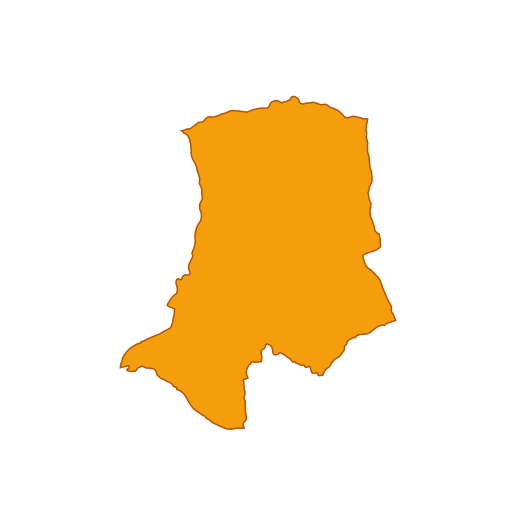 the district of Tópaga, Boyacá, Colombia, rotated 317°
{"feature_id": "7082276B68599110832879", "entity_name": "Tópaga", "entity_type": "district", "adm_level": 2, "iso_a3": "COL", "parent_name": "Colombia", "parent_adm1": "Boyacá", "projection": "natural_earth1", "projection_center": [-72.847, 5.767], "detail": "fine", "context": "isolated", "style": "filled", "palette": "amber", "viewbox_px": 512, "rotation_deg": 317, "n_neighbors": 0, "source": "geoboundaries", "source_scale": "gbopen_adm2", "svg_char_len": 6139}
<svg xmlns="http://www.w3.org/2000/svg" viewBox="0 0 512 512"><g transform="rotate(317 256 256)"><path d="M113.5,240.5L113.2,241.0L112.1,240.7L111.3,240.5L109.7,239.5L108.7,239.2L102.9,237.9L98.6,237.6L96.7,237.8L92.5,238.5L88.7,239.7L87.4,240.8L85.2,242.1L83.6,242.6L81.4,244.4L81.6,244.7L80.8,245.3L82.1,245.9L87.7,249.0L87.9,249.5L87.8,250.6L87.2,251.3L86.0,251.3L84.4,250.9L84.0,251.0L83.8,251.4L83.8,252.3L84.2,253.2L84.7,253.9L86.5,255.9L89.0,257.7L89.4,257.9L91.3,257.9L92.8,257.2L93.5,257.2L94.7,257.8L97.2,258.7L98.0,259.7L99.2,263.0L100.3,263.9L101.1,265.0L102.0,265.9L103.8,268.1L104.3,269.0L104.4,269.5L104.4,271.1L104.2,271.9L102.8,275.0L102.6,275.7L102.6,278.4L103.5,281.8L104.6,284.2L105.2,286.9L105.9,288.1L106.5,288.9L107.1,291.0L107.2,293.4L107.0,294.3L106.7,294.9L107.3,296.8L108.2,297.8L108.2,298.1L108.0,298.9L107.5,299.2L107.2,299.2L107.0,299.5L108.5,302.6L109.2,306.1L109.1,308.4L108.3,313.2L107.5,315.4L106.6,320.6L106.2,323.9L106.3,326.8L107.8,332.6L108.2,335.4L109.1,337.8L109.3,339.1L109.0,340.9L109.4,342.4L110.2,344.2L110.2,346.5L110.5,347.9L111.6,351.0L112.5,352.7L112.8,354.1L114.0,356.8L115.0,358.7L115.6,360.5L116.6,362.4L119.9,365.9L124.7,369.1L126.9,370.9L129.8,373.9L131.3,370.6L133.3,369.4L134.2,369.2L135.2,369.4L137.0,368.9L137.6,368.5L139.7,366.5L141.5,363.5L146.5,357.6L148.8,355.3L149.1,354.7L150.1,351.9L150.6,351.5L153.3,349.8L155.2,347.9L157.2,344.5L160.9,340.0L162.3,337.7L166.8,339.9L168.2,336.4L169.5,334.4L170.6,333.4L172.0,332.6L175.4,331.3L176.7,330.9L177.9,331.2L178.6,331.2L180.3,330.3L181.0,330.7L181.8,331.9L185.3,335.1L187.1,336.4L188.0,336.9L188.9,335.9L190.9,334.4L191.9,333.2L192.8,331.6L194.5,329.4L195.0,329.1L195.3,328.9L195.5,329.1L196.4,328.6L197.0,328.6L198.3,329.2L199.1,329.3L200.2,329.0L202.0,327.9L202.9,327.9L204.1,327.5L205.4,330.6L205.6,331.5L205.5,332.9L205.3,333.6L204.8,334.5L204.0,336.2L202.1,338.8L201.9,339.7L202.0,340.2L202.7,341.4L204.7,342.8L206.1,343.0L207.1,342.8L207.8,343.4L208.3,344.3L209.6,348.6L209.7,350.3L210.4,351.8L210.5,352.4L210.8,355.5L210.5,358.1L210.7,358.7L211.1,359.3L212.3,359.9L212.5,360.3L212.2,361.6L213.2,363.3L214.3,366.5L214.9,367.4L216.2,368.0L216.5,368.4L216.6,368.8L216.2,370.0L216.4,371.1L217.4,372.1L219.4,372.8L219.8,373.2L219.8,374.6L219.4,375.0L218.5,377.0L217.5,378.4L217.4,379.3L217.6,380.2L218.6,381.5L220.4,382.7L221.1,383.4L221.0,384.0L220.2,385.1L220.5,386.4L220.9,387.0L222.4,387.7L223.2,388.6L223.6,388.7L226.0,387.5L228.3,386.7L230.3,386.5L231.5,386.7L233.2,387.1L235.2,386.8L238.6,385.6L240.4,385.8L242.7,385.2L243.5,385.2L246.4,386.1L248.6,386.2L249.9,386.2L253.0,385.5L254.9,385.4L255.8,385.2L256.4,384.9L258.9,382.7L259.9,382.4L262.1,382.3L264.1,380.9L265.0,380.8L268.3,381.0L271.6,382.2L272.7,383.1L273.2,383.2L274.4,383.3L275.3,382.9L275.9,382.9L276.1,383.0L276.6,383.7L277.0,383.9L277.9,383.9L284.4,388.9L288.1,390.0L288.9,389.8L290.5,389.9L295.5,390.5L297.7,391.0L300.9,392.3L301.7,393.0L302.3,394.0L303.0,394.4L304.7,394.2L306.0,394.5L308.6,395.9L311.1,396.9L314.2,398.4L316.6,392.2L317.0,390.0L317.5,388.6L318.0,387.7L319.7,386.4L320.4,385.3L321.2,383.5L321.6,381.2L322.6,377.4L325.0,371.2L326.7,366.2L329.3,360.5L330.6,357.0L330.7,352.9L330.5,345.2L329.6,341.3L329.7,338.0L332.7,331.0L334.6,328.5L336.2,328.5L339.5,329.8L345.0,332.4L349.8,334.1L352.8,334.1L353.9,333.6L354.9,332.7L356.0,330.9L358.3,328.5L359.3,326.4L360.9,324.2L361.0,323.8L360.2,321.6L360.3,318.7L361.0,317.3L362.3,315.4L365.3,308.9L366.8,304.8L368.2,303.3L369.2,301.7L370.7,300.1L374.1,297.7L376.0,295.8L377.2,292.2L378.4,290.1L380.1,287.9L380.4,287.4L380.5,286.7L381.3,286.0L383.9,284.6L384.3,284.1L385.6,283.2L390.4,281.2L391.7,280.4L394.3,277.7L396.8,274.6L397.6,273.4L400.4,268.0L406.4,260.4L408.0,257.0L409.7,254.7L412.5,251.5L414.6,249.8L415.4,248.4L415.9,247.8L417.5,244.6L418.1,243.9L419.2,243.1L421.0,241.3L421.9,239.4L422.7,238.5L424.5,236.8L431.2,231.9L428.8,229.8L427.3,227.4L425.4,224.1L422.6,220.4L421.4,219.4L417.5,217.6L416.4,216.4L415.8,215.3L415.6,213.8L415.6,207.3L415.2,205.3L414.5,203.7L413.6,201.3L411.5,197.6L411.3,196.6L411.3,195.3L410.9,193.8L410.0,192.0L407.8,190.6L406.9,189.9L405.9,188.4L403.4,183.6L402.6,182.4L400.5,181.3L399.6,180.5L396.2,178.0L394.7,177.3L393.5,176.5L392.6,174.8L392.6,173.5L393.6,171.3L394.0,169.6L393.7,168.0L393.2,166.1L392.3,164.9L391.0,164.2L389.9,164.0L387.3,164.9L383.7,163.7L381.9,162.5L380.1,161.8L379.0,161.1L378.6,160.4L378.5,159.3L378.0,158.0L377.5,156.9L376.7,156.0L374.6,154.9L372.7,154.2L371.6,154.1L370.2,154.3L367.7,155.5L366.5,155.7L365.6,155.5L364.6,155.0L360.0,150.8L352.5,146.4L350.7,146.0L347.4,144.5L340.5,136.2L337.9,133.5L335.5,132.0L332.0,131.0L327.3,128.6L325.1,128.0L320.6,125.9L317.9,124.0L317.6,123.3L317.5,122.7L316.9,122.2L315.4,121.6L313.6,121.2L312.0,121.3L309.6,121.7L308.8,121.6L308.0,121.2L304.9,119.0L296.6,118.3L294.7,117.8L293.9,117.5L292.7,116.5L291.7,115.9L288.7,114.7L286.9,113.6L287.3,114.9L287.2,117.1L288.1,119.3L288.2,120.3L288.1,121.8L287.6,123.6L286.9,125.5L285.7,127.4L284.6,129.5L284.1,129.9L283.0,131.6L279.9,135.4L279.3,135.7L277.1,139.0L276.0,141.3L275.3,143.5L274.4,147.6L272.9,151.0L271.3,153.2L271.0,153.9L270.9,154.7L268.0,160.3L267.1,161.7L265.4,162.9L264.2,164.2L263.4,166.1L263.1,167.6L261.4,170.8L259.5,172.8L256.0,177.3L255.2,177.9L252.4,178.8L250.6,179.6L249.3,180.6L248.4,181.5L247.4,182.8L246.4,184.3L245.6,186.6L244.5,188.3L242.9,190.0L240.4,191.9L239.6,192.5L235.1,193.5L231.4,195.0L227.5,197.5L224.5,200.3L221.2,204.4L215.8,208.1L213.4,209.0L211.0,210.3L210.5,211.3L210.4,212.2L209.9,212.8L209.0,213.4L204.4,215.1L201.8,216.2L200.3,217.0L198.3,219.1L197.5,220.4L196.8,222.4L195.9,223.7L194.9,224.1L193.5,223.7L191.3,221.5L190.2,221.0L188.3,220.9L186.3,222.0L185.4,222.3L184.7,222.0L184.2,221.4L183.7,219.5L183.1,219.1L182.3,219.2L181.1,219.5L179.8,220.3L178.2,222.6L176.6,225.8L175.0,227.4L172.5,229.4L170.4,228.9L169.3,228.9L164.6,229.2L159.1,230.7L158.0,231.1L157.5,231.7L157.5,232.4L158.2,234.4L160.5,239.3L158.5,240.7L157.8,241.6L155.0,243.9L154.5,243.9L149.7,247.7L146.1,249.6L146.2,249.9L144.0,250.1L132.0,247.1L119.7,242.5L118.0,242.3L113.5,240.5Z" fill="#f59e0b" stroke="#b45309" stroke-width="1.5"/></g></svg>